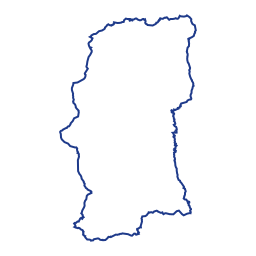 outline of Arefu, Arges, Romania
{"feature_id": "2599482B67158814098858", "entity_name": "Arefu", "entity_type": "district", "adm_level": 2, "iso_a3": "ROU", "parent_name": "Romania", "parent_adm1": "Arges", "projection": "robinson", "projection_center": [24.656, 45.456], "detail": "fine", "context": "isolated", "style": "outline", "palette": "blue", "viewbox_px": 256, "rotation_deg": 0, "n_neighbors": 0, "source": "geoboundaries", "source_scale": "gbopen_adm2", "svg_char_len": 5790}
<svg xmlns="http://www.w3.org/2000/svg" viewBox="0 0 256 256"><path d="M105.4,240.0L107.6,238.1L107.8,237.5L108.7,236.8L110.2,237.1L110.8,236.6L111.2,236.9L115.8,234.6L117.6,234.8L118.4,234.4L119.3,234.4L119.9,233.9L121.7,233.8L122.3,233.4L128.1,234.2L130.9,235.5L132.0,235.7L134.2,233.6L135.2,233.7L136.1,234.7L138.4,234.0L138.0,233.6L138.5,233.3L138.2,232.8L138.8,232.5L136.8,229.3L137.3,229.6L137.1,229.0L137.3,228.8L137.9,229.0L139.8,227.4L140.9,227.4L140.7,226.0L142.0,221.5L141.8,220.6L142.0,219.7L141.5,218.7L142.3,216.4L145.4,216.1L146.8,215.1L147.9,213.5L148.5,213.2L148.7,212.3L149.8,212.5L151.1,212.2L151.9,212.3L152.4,212.7L153.1,212.6L154.1,211.5L156.7,210.7L157.6,211.1L157.8,211.5L161.0,212.9L162.4,212.4L163.0,213.7L163.5,214.2L164.8,213.4L165.8,213.2L169.8,214.2L173.4,214.3L176.7,211.2L178.9,210.6L182.1,214.2L183.7,215.3L187.1,213.7L189.7,213.1L190.4,213.2L190.4,212.8L190.7,212.6L190.7,211.9L190.2,211.2L190.1,210.5L191.0,209.4L191.0,209.0L189.9,207.7L189.6,206.0L188.7,205.3L188.8,204.4L188.2,203.5L189.3,202.6L189.2,201.8L188.7,201.6L188.4,202.1L187.7,202.1L187.6,201.6L186.3,199.6L184.7,199.4L183.7,198.5L184.2,197.1L184.2,196.2L184.6,195.8L185.0,194.4L185.0,192.7L185.7,191.4L185.4,190.1L185.0,189.5L185.0,188.9L183.5,188.0L184.1,187.1L184.0,186.8L181.2,182.7L180.3,181.9L180.0,180.7L178.6,179.9L177.4,176.7L177.6,174.9L177.1,173.3L176.7,170.6L176.7,168.5L176.0,167.5L175.4,165.6L175.1,162.2L174.7,161.7L174.9,161.0L174.4,160.2L175.0,159.3L174.8,158.0L174.1,156.8L174.3,155.1L174.0,154.5L174.2,153.7L174.0,152.7L175.6,151.9L175.8,150.9L174.3,150.5L174.0,150.0L175.0,149.3L174.5,148.6L175.5,148.1L175.6,146.6L176.6,145.6L176.4,145.4L175.3,145.6L174.8,145.2L175.0,144.5L175.7,144.2L175.9,143.6L174.8,143.0L174.6,142.5L175.0,141.6L174.6,140.3L174.9,139.2L174.5,137.9L173.4,136.8L173.5,136.5L174.6,136.3L174.8,135.6L173.8,134.8L173.4,133.5L172.8,132.8L173.9,132.7L174.7,132.1L175.6,132.7L176.6,132.6L176.5,130.8L175.9,130.3L176.6,129.9L176.8,129.4L176.5,127.9L176.1,126.9L174.7,126.1L173.8,124.8L175.2,124.0L175.3,123.6L174.7,121.8L174.0,121.1L174.5,120.0L174.5,119.3L173.9,119.0L173.7,117.0L173.2,116.4L173.1,116.0L173.6,115.1L173.4,114.3L174.1,114.0L174.1,113.4L172.4,112.3L171.9,112.4L171.6,112.0L171.7,110.9L171.4,110.4L171.6,110.2L173.5,110.9L173.9,110.5L174.1,109.6L174.7,110.0L175.6,109.9L176.0,109.5L178.3,108.7L178.0,107.9L179.6,107.6L179.8,106.7L180.7,106.4L180.9,106.0L180.3,105.2L181.2,103.5L186.2,102.1L186.7,101.9L187.5,100.5L189.3,99.6L190.8,99.5L191.2,99.1L191.3,98.4L190.5,96.1L190.7,94.6L191.5,93.0L191.6,90.5L192.4,88.7L192.8,86.7L193.0,86.1L193.6,85.8L193.2,84.6L193.3,83.5L193.0,82.6L192.0,81.0L192.0,80.2L191.5,79.8L190.2,76.8L189.3,73.5L189.7,71.6L189.2,70.1L189.7,69.6L190.1,68.0L188.6,63.3L187.9,62.6L187.3,60.1L187.2,58.0L187.5,56.8L187.3,56.4L187.7,55.2L187.6,53.7L187.0,52.6L187.1,51.9L186.8,51.6L187.6,47.6L188.9,46.2L189.1,43.2L188.8,41.9L188.9,41.5L188.6,40.9L188.8,40.1L188.6,39.8L189.0,39.6L188.5,38.7L191.7,37.3L193.8,35.9L194.5,33.4L195.1,32.8L195.0,31.5L195.8,30.4L194.8,25.3L193.4,24.6L192.3,23.7L191.1,20.9L191.3,19.2L189.6,17.2L186.9,15.4L186.2,16.1L184.0,16.6L180.6,16.3L179.8,15.8L178.5,18.2L177.9,18.7L177.1,18.8L175.7,18.2L174.9,18.6L172.8,19.0L170.5,19.0L169.2,19.8L166.8,17.3L165.5,17.8L165.1,17.6L164.4,17.8L162.9,18.8L161.4,18.7L160.2,18.3L159.7,19.1L159.8,19.6L159.2,19.9L159.4,20.3L158.9,20.6L158.8,21.0L158.3,21.1L158.2,21.7L157.5,22.5L156.3,22.7L156.2,23.4L155.6,24.0L152.7,25.5L147.5,25.0L146.8,24.2L145.8,23.8L145.2,22.8L145.6,21.2L145.0,19.3L144.2,19.8L143.5,19.0L142.9,19.0L140.8,20.2L139.7,20.3L137.6,19.5L136.5,18.5L135.6,18.5L133.5,19.6L132.1,19.5L132.4,20.0L132.3,20.4L131.4,20.1L129.7,20.7L129.5,20.4L129.7,19.0L127.2,19.0L125.9,18.6L124.1,20.2L123.7,21.9L122.0,22.1L121.2,22.6L119.4,22.9L117.5,23.0L114.3,22.4L114.4,22.7L113.7,23.3L114.0,23.8L113.5,24.5L111.5,25.5L111.2,25.1L110.4,25.4L109.1,24.9L108.3,24.3L107.0,25.2L106.6,26.0L105.0,27.5L104.8,28.6L104.0,29.3L102.0,30.5L99.0,31.2L96.3,33.6L95.7,33.9L93.7,34.1L91.3,35.5L91.1,36.3L90.0,36.9L92.5,38.3L91.7,40.2L90.7,41.3L89.0,42.5L88.5,43.6L89.0,45.8L89.6,47.1L91.1,47.6L90.3,48.5L91.7,50.5L91.7,51.9L90.2,54.8L88.6,57.0L87.4,61.4L86.9,64.9L86.4,66.4L86.6,67.1L87.8,68.7L84.8,73.4L85.0,74.3L85.6,74.8L85.4,76.5L84.8,77.9L83.7,79.1L77.5,82.5L73.4,83.0L73.2,84.7L71.9,88.0L71.9,90.0L73.1,93.8L72.9,95.2L73.2,96.2L73.1,97.8L73.8,99.7L73.1,101.4L73.4,101.9L73.3,102.7L75.1,104.5L75.8,106.5L75.7,107.1L76.4,108.3L78.6,110.6L78.5,111.4L78.8,112.1L78.1,116.5L74.1,118.3L72.8,121.0L70.6,123.4L70.5,124.3L69.1,126.3L68.1,126.4L67.3,127.1L66.9,127.9L65.9,128.1L63.0,129.6L62.4,130.4L60.9,130.9L60.2,131.7L60.2,132.4L60.8,133.9L61.0,137.5L61.8,139.4L64.5,142.1L68.1,143.6L70.2,146.1L75.1,147.5L76.3,147.4L77.2,148.5L77.0,149.3L77.3,151.2L77.8,151.6L78.1,152.5L77.6,153.0L78.4,153.5L78.9,154.1L78.8,155.4L79.0,156.7L77.9,160.1L78.1,171.1L79.4,173.9L80.7,175.5L81.3,176.8L81.7,178.8L83.8,181.6L83.8,182.6L84.7,183.7L84.4,185.6L85.6,187.3L85.8,187.9L87.3,188.9L87.6,189.6L90.7,191.0L91.4,191.7L91.4,192.3L90.9,192.1L90.9,192.6L91.2,193.1L87.9,194.6L86.8,195.9L86.3,199.2L85.1,200.8L84.4,202.9L84.6,205.8L84.0,207.4L82.3,210.5L81.7,212.9L81.3,213.3L82.6,214.8L82.6,215.5L83.5,217.1L82.5,217.3L82.4,218.0L82.6,218.4L82.2,218.9L81.0,218.0L80.2,218.6L78.7,221.6L77.5,221.5L76.0,222.9L74.8,222.9L74.1,223.5L75.1,224.9L75.4,225.6L75.1,226.6L74.5,227.0L75.7,227.6L76.4,227.5L77.0,228.0L78.0,228.2L78.7,227.8L79.8,228.3L80.6,229.3L82.5,230.1L83.1,231.0L83.0,231.3L83.6,231.9L83.1,232.7L83.2,233.5L83.5,234.0L83.1,234.7L84.0,235.6L85.1,236.1L84.9,236.4L85.3,237.4L87.2,239.5L89.7,239.6L91.2,240.3L91.2,240.6L93.2,240.3L93.7,239.4L94.1,239.2L98.0,238.4L98.9,238.7L100.2,239.8L102.5,240.1L102.8,239.9L103.1,240.2L105.4,240.0Z" fill="none" stroke="#1e3a8a" stroke-width="2"/></svg>